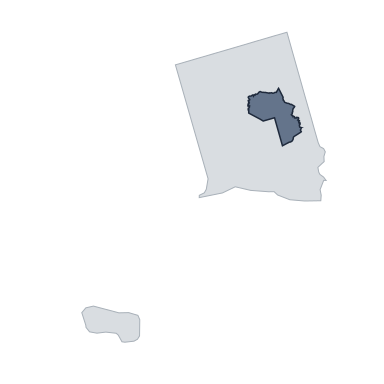 Evinayong, Centro Sur, Equatorial Guinea (highlighted), rotated 254°
{"feature_id": "11065452B18175278434840", "entity_name": "Evinayong", "entity_type": "district", "adm_level": 2, "iso_a3": "GNQ", "parent_name": "Equatorial Guinea", "parent_adm1": "Centro Sur", "projection": "robinson", "projection_center": [10.451, 1.358], "detail": "fine", "context": "in_parent", "style": "filled", "palette": "slate", "viewbox_px": 384, "rotation_deg": 254, "n_neighbors": 0, "source": "geoboundaries", "source_scale": "gbopen_adm2", "svg_char_len": 5360}
<svg xmlns="http://www.w3.org/2000/svg" viewBox="0 0 384 384"><g transform="rotate(254 192 192)"><path d="M318.8,211.1L318.9,234.1L319.0,253.6L319.1,274.7L319.3,296.6L319.4,315.2L319.4,327.3L301.4,327.2L277.5,327.1L253.7,327.0L229.8,327.0L217.8,326.9L204.6,326.9L200.3,327.5L197.4,330.5L193.9,331.2L189.8,328.6L184.8,327.4L183.5,324.7L181.0,319.8L176.1,319.3L173.6,319.8L170.1,322.6L166.1,324.1L166.9,321.8L159.0,315.8L153.3,315.3L148.1,313.4L152.3,297.8L157.6,283.9L165.5,273.5L169.7,271.0L171.1,265.8L177.4,248.8L185.1,235.0L182.7,221.0L184.6,197.4L186.8,198.1L187.2,200.3L187.8,203.6L190.7,206.5L200.3,211.1L229.1,211.1L246.2,211.1L271.6,211.1L298.4,211.1L318.8,211.1ZM91.1,52.8L93.2,53.2L106.4,52.8L109.9,58.0L109.5,65.8L96.0,88.4L93.5,97.9L88.3,106.0L83.7,106.6L68.1,101.9L65.5,99.0L64.6,95.1L66.1,86.1L67.3,83.4L74.7,81.7L77.1,80.2L81.1,70.5L82.5,61.7L85.8,55.0L91.1,52.8Z" fill="#d9dde1" stroke="#a8b0b8" stroke-width="1"/><path d="M252.2,268.3L243.3,277.5L240.6,280.0L240.6,291.8L211.5,291.7L213.1,299.2L212.9,300.3L213.0,300.8L213.1,301.4L213.3,302.0L213.5,302.4L214.1,303.0L214.5,303.5L215.0,303.8L215.6,304.1L216.1,304.3L216.6,304.5L217.2,305.3L219.5,313.0L219.6,313.3L219.9,313.7L220.3,313.6L220.6,313.5L221.3,313.3L221.7,313.3L222.1,313.6L222.4,314.0L222.7,314.3L223.1,314.4L223.8,314.7L223.8,314.8L224.0,314.5L224.5,313.7L224.7,313.4L225.3,313.5L225.6,313.5L225.8,313.5L226.0,313.6L226.4,313.7L226.5,313.6L226.8,313.7L227.0,313.8L227.0,314.0L227.2,314.3L227.3,314.5L227.5,314.5L227.7,314.4L227.9,314.3L228.1,314.2L228.1,314.4L228.1,314.5L228.2,314.8L228.4,314.8L228.5,314.8L228.6,314.7L228.6,314.8L228.8,314.8L229.0,314.8L229.0,314.7L229.1,314.4L229.0,314.2L229.3,314.1L229.5,314.0L229.8,313.9L229.9,314.0L230.0,314.0L230.3,314.1L230.5,314.0L230.7,314.4L230.7,314.6L230.8,314.8L231.0,314.9L231.2,314.7L231.4,314.6L231.6,314.3L231.6,314.2L231.8,313.8L231.9,313.7L232.0,313.5L232.3,313.8L232.3,314.0L232.5,314.1L232.9,314.3L233.3,314.7L233.4,314.8L233.5,314.9L233.8,314.8L234.1,314.8L234.2,314.7L234.3,314.6L234.3,314.4L234.4,314.2L234.5,314.0L234.6,313.9L234.7,313.7L234.8,313.5L234.8,313.4L234.9,313.2L234.5,312.9L234.5,312.7L234.4,312.5L234.4,312.2L234.6,311.9L234.9,311.7L235.0,311.5L235.0,311.4L235.0,311.2L235.2,311.3L235.3,311.3L235.4,311.2L235.5,311.1L235.8,311.3L236.0,311.3L236.1,311.2L236.3,311.1L236.4,310.9L236.5,310.8L236.6,310.7L236.7,310.4L236.8,310.1L236.7,309.9L236.8,309.9L237.0,309.9L237.3,310.0L237.6,309.9L237.7,309.7L237.8,309.5L237.8,309.4L238.0,309.4L238.3,309.2L238.6,309.0L238.6,308.9L238.8,308.8L238.9,309.1L239.1,309.4L239.4,309.6L239.6,309.7L239.7,309.9L239.8,309.9L239.9,310.0L240.0,310.1L240.4,310.1L240.6,310.2L240.6,310.3L240.8,310.5L241.1,310.5L241.2,310.8L241.3,310.9L241.5,311.0L241.8,311.1L242.2,311.2L242.6,311.3L242.9,311.4L243.2,311.5L243.4,311.6L243.5,311.8L243.8,311.9L244.0,312.0L244.4,312.3L244.4,312.5L244.5,312.6L244.8,313.0L245.2,313.6L245.8,314.2L245.9,314.3L246.0,314.3L246.3,314.1L246.4,313.9L246.6,313.8L246.7,313.6L247.1,313.4L247.2,313.2L247.8,312.6L248.0,312.4L248.6,312.0L248.8,311.8L248.9,311.6L249.0,311.1L249.1,310.9L249.1,310.7L249.3,310.6L249.7,310.1L250.0,309.9L250.2,309.7L250.5,309.3L250.7,308.9L250.9,308.4L251.2,307.7L251.6,307.3L252.7,305.8L253.1,305.7L254.4,305.5L255.2,305.2L255.3,305.0L255.8,305.2L256.6,305.2L257.3,305.2L257.9,305.7L267.8,303.8L267.3,303.2L266.9,302.8L266.3,302.4L265.7,301.6L264.5,300.5L264.8,299.7L264.9,299.3L264.8,298.8L264.7,298.4L264.6,298.1L264.6,297.8L264.6,297.5L264.6,297.4L264.6,297.1L264.7,296.7L265.0,296.5L265.2,296.2L265.5,295.9L265.5,295.4L265.5,294.8L265.7,294.5L265.8,294.3L265.9,293.9L265.9,293.6L265.8,293.4L265.7,293.3L265.8,293.2L265.9,292.9L266.3,292.4L266.4,292.1L266.6,291.6L266.9,291.1L267.2,290.5L267.5,290.0L267.6,289.4L267.7,289.1L268.0,288.5L268.0,288.3L268.2,287.9L268.3,287.5L268.4,287.1L268.6,286.8L268.8,286.4L269.0,286.2L269.4,285.7L269.7,285.4L269.8,285.0L269.7,284.7L269.5,284.3L269.5,284.0L269.4,283.6L269.2,283.4L268.9,283.1L268.7,282.8L268.6,282.6L268.5,282.4L268.3,282.3L268.2,281.9L268.1,281.7L268.2,281.0L268.5,280.3L268.6,280.0L268.4,279.9L268.2,279.6L268.1,279.4L267.9,279.3L268.0,279.2L268.2,278.9L268.1,278.7L268.0,278.4L267.9,278.4L267.7,278.2L267.6,277.9L267.4,277.7L267.2,277.5L268.5,277.4L268.5,276.7L268.3,276.2L268.0,275.7L268.0,275.2L268.0,274.8L268.2,274.1L268.3,273.8L268.2,273.2L268.1,272.7L267.8,272.3L267.3,272.1L266.9,272.2L266.2,272.4L265.8,272.6L265.3,272.9L264.9,273.0L264.6,272.8L264.5,271.5L264.4,271.5L264.3,271.3L264.2,271.2L263.9,271.4L263.7,271.3L263.5,271.5L263.3,271.5L262.9,271.6L262.7,271.4L262.6,271.2L262.4,271.1L262.3,271.5L262.0,271.6L261.9,271.4L261.6,271.3L261.4,271.1L261.2,270.9L261.1,270.6L261.1,270.3L261.0,270.1L260.8,270.2L260.7,270.2L260.6,270.4L260.4,270.3L260.3,270.1L260.2,270.0L259.9,270.0L259.8,269.8L259.7,269.6L259.4,269.4L259.3,269.5L259.1,269.6L259.0,269.9L258.9,270.0L259.0,270.2L259.1,270.3L259.2,270.5L259.3,270.6L259.2,270.7L259.0,270.9L258.9,271.0L258.8,270.8L258.8,270.7L258.6,270.6L257.9,270.7L257.5,270.4L257.4,270.2L257.2,270.1L257.1,269.9L257.1,269.6L256.9,269.5L257.0,269.3L257.0,269.2L256.7,269.1L256.3,268.9L256.1,269.0L255.9,269.1L255.7,268.9L255.6,269.1L255.4,269.1L255.2,269.2L254.9,268.8L254.7,268.7L254.2,268.8L253.9,268.7L253.5,268.7L253.3,268.6L252.9,268.5L252.5,268.3L252.2,268.3Z" fill="#64748b" stroke="#1e293b" stroke-width="1.5"/></g></svg>